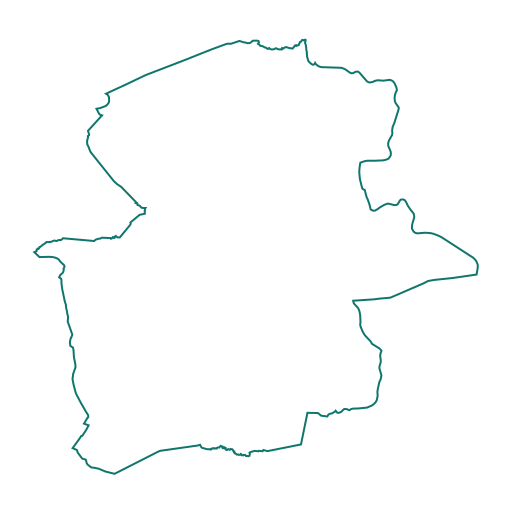 outline of Tangamandapio, Michoacán, Mexico, rotated 179°
{"feature_id": "50627088B20448170324578", "entity_name": "Tangamandapio", "entity_type": "district", "adm_level": 2, "iso_a3": "MEX", "parent_name": "Mexico", "parent_adm1": "Michoacán", "projection": "orthographic", "projection_center": [-102.457, 19.89], "detail": "fine", "context": "isolated", "style": "outline", "palette": "teal", "viewbox_px": 512, "rotation_deg": 179, "n_neighbors": 0, "source": "geoboundaries", "source_scale": "gbopen_adm2", "svg_char_len": 6021}
<svg xmlns="http://www.w3.org/2000/svg" viewBox="0 0 512 512"><g transform="rotate(179 256 256)"><path d="M401.2,40.7L357.0,62.2L355.1,62.9L317.8,67.5L315.2,68.2L314.1,65.9L313.4,65.2L308.3,63.7L307.1,63.6L306.4,63.7L304.5,63.2L304.1,63.5L304.3,63.9L303.3,64.4L301.5,64.6L301.4,64.2L299.0,64.2L299.1,64.6L297.2,65.3L296.1,65.1L295.1,66.4L294.5,66.8L293.4,65.9L293.0,66.1L292.7,66.1L292.6,65.6L292.9,64.8L292.4,64.4L291.4,64.4L291.2,65.2L290.8,65.3L289.7,64.6L289.6,63.8L289.9,63.5L289.2,62.7L288.4,62.5L287.2,63.4L286.4,63.2L285.9,62.7L285.7,62.7L285.0,63.4L284.5,63.1L284.2,63.3L283.5,63.4L282.6,62.6L282.2,61.5L281.1,61.0L281.4,60.1L280.8,59.2L280.4,59.3L278.5,57.7L277.7,57.9L277.2,57.9L276.8,57.5L275.4,57.5L274.8,57.9L274.6,58.3L274.2,58.1L274.1,57.3L273.7,57.0L272.3,56.9L272.0,57.3L270.3,57.3L269.4,56.1L268.2,56.2L267.3,55.9L266.1,56.3L265.8,57.2L265.6,59.0L265.9,59.4L265.3,59.9L260.9,61.2L257.2,60.7L256.8,61.1L256.3,61.1L252.8,60.7L252.0,61.9L248.0,60.7L214.3,66.8L207.3,98.3L196.8,97.9L193.6,95.2L187.5,94.3L186.3,96.2L185.0,96.9L182.5,97.4L179.6,99.2L179.1,99.9L177.6,98.0L176.1,97.7L173.8,98.5L170.6,101.4L169.3,101.5L168.0,101.3L165.3,100.2L163.5,101.3L161.9,101.7L156.1,101.8L147.6,102.5L142.7,104.5L140.0,106.6L138.7,108.1L137.8,109.7L136.9,113.5L136.8,115.3L137.0,116.8L136.9,118.9L136.4,121.4L134.8,128.0L133.7,130.2L133.1,132.2L132.7,134.6L134.6,141.7L134.4,143.7L133.1,147.8L133.1,150.0L133.6,153.8L133.3,156.0L132.2,159.1L134.2,161.4L141.6,166.2L142.9,168.6L148.4,174.7L149.6,176.6L150.8,178.8L152.8,184.0L153.0,186.2L152.7,187.8L152.8,192.7L152.9,195.4L153.7,199.6L154.9,202.3L158.4,206.2L159.2,207.4L159.6,209.6L138.9,210.6L133.7,211.2L123.3,211.9L121.9,212.2L88.6,225.9L84.4,228.0L77.9,229.0L59.4,230.6L35.8,233.6L34.6,239.8L34.4,242.4L34.6,243.8L35.8,247.0L37.1,248.7L38.9,250.5L64.0,267.4L70.6,271.8L73.6,273.3L78.2,275.1L80.9,275.8L84.8,276.2L87.1,276.3L94.3,275.8L96.4,276.4L98.0,277.7L99.5,280.4L99.6,282.6L99.4,284.2L98.9,286.2L97.2,291.6L97.1,292.5L97.4,294.9L97.9,296.0L100.6,299.5L103.3,303.6L105.1,307.6L106.3,309.2L107.3,309.8L108.7,310.0L110.3,309.8L111.1,309.0L113.1,305.8L113.6,305.2L115.0,304.5L116.6,304.4L122.1,305.9L123.8,306.0L127.0,304.8L131.5,302.3L133.3,300.9L136.3,299.3L137.8,299.2L139.8,300.0L140.6,300.8L141.7,305.7L143.3,310.6L144.3,312.7L146.2,320.2L148.0,321.0L148.7,322.1L150.8,331.2L151.3,337.8L151.0,342.0L150.4,345.8L150.0,347.5L145.7,348.9L143.3,349.3L134.8,349.2L127.3,349.4L124.7,349.9L121.8,351.0L120.3,353.0L119.6,354.2L119.4,355.3L119.4,357.5L120.6,360.8L121.8,363.5L121.9,366.7L120.9,369.4L117.9,374.5L117.5,376.3L117.7,379.1L117.1,382.8L115.5,386.2L111.6,397.9L110.8,400.4L110.7,402.0L113.8,406.6L114.4,408.4L114.7,411.5L114.3,414.3L113.2,417.7L112.3,419.0L112.3,420.1L112.6,421.8L114.3,426.0L115.3,427.5L116.4,428.6L117.9,429.4L119.4,429.8L125.7,429.1L131.3,429.6L134.3,429.0L136.1,428.0L139.1,427.5L140.7,427.9L142.0,428.7L149.2,437.3L150.5,438.4L151.6,438.6L152.5,438.6L153.3,438.4L155.6,437.2L156.9,437.0L157.7,437.2L158.6,437.5L163.7,441.2L166.5,442.4L167.7,442.7L187.4,443.7L189.4,444.3L191.5,445.6L192.9,447.0L193.5,448.0L193.8,447.3L194.7,446.5L195.6,446.2L196.3,446.4L198.3,447.9L200.2,449.9L201.5,454.7L201.5,456.6L201.8,457.8L201.5,458.6L202.2,461.7L202.1,463.2L202.4,464.7L202.4,465.7L203.2,468.0L203.2,468.8L202.6,470.2L202.9,470.7L202.8,471.3L204.0,471.3L204.5,470.8L206.1,471.2L207.2,469.6L208.3,469.2L209.0,467.5L209.4,467.1L209.4,466.4L210.6,465.7L212.1,466.1L212.3,465.4L213.6,465.6L214.3,464.5L215.8,462.8L217.0,462.9L217.7,463.2L218.8,463.2L222.2,464.4L224.8,463.5L224.9,463.0L225.4,462.9L226.2,463.3L226.3,462.5L226.5,462.1L227.3,462.0L228.1,462.3L229.0,462.1L230.6,462.5L232.5,463.4L234.3,462.5L236.1,462.2L237.0,462.3L237.9,462.6L239.3,463.7L240.1,462.9L240.8,462.9L241.4,463.2L242.0,463.9L243.8,464.5L245.8,465.7L247.1,466.0L248.0,466.0L249.0,467.3L250.3,468.1L249.3,469.6L249.7,470.9L250.8,471.3L255.5,471.3L257.4,469.6L258.4,469.1L260.9,468.9L261.8,469.2L262.5,469.6L264.1,469.7L268.8,471.3L277.5,468.6L280.3,468.8L282.0,468.5L297.0,463.3L326.4,452.2L363.2,438.8L381.6,430.4L403.1,420.9L401.5,419.8L400.3,417.7L400.1,414.5L400.4,412.2L401.7,410.3L403.6,408.6L409.3,406.6L412.9,406.0L410.5,401.1L409.5,400.0L407.5,399.3L421.8,384.1L420.7,380.4L420.9,379.6L422.0,378.9L422.1,378.6L421.8,377.9L421.8,377.3L422.3,376.2L422.9,373.9L422.8,370.7L421.7,368.4L419.7,363.0L396.8,333.3L393.8,330.4L389.5,327.4L375.0,311.9L375.4,311.7L375.5,311.0L373.7,310.7L373.6,309.1L372.0,308.6L371.3,308.2L370.0,306.6L369.6,306.3L367.2,305.9L365.7,305.9L366.0,305.4L366.2,303.9L366.5,303.3L366.4,300.2L371.6,299.2L380.5,292.1L381.0,291.5L380.7,290.8L381.1,289.5L391.9,276.9L394.5,277.1L395.8,278.5L396.8,277.9L397.1,276.6L397.5,276.6L397.5,277.1L397.7,277.3L398.8,277.4L399.5,276.3L400.4,275.9L400.4,276.4L409.8,277.0L411.5,276.1L413.3,276.0L416.3,275.0L417.4,273.8L448.6,277.1L450.3,275.6L451.6,275.2L452.1,275.5L453.6,275.2L455.2,274.4L457.4,275.0L461.4,273.5L462.3,273.7L462.7,273.5L465.3,273.6L465.8,272.9L468.7,271.1L471.8,268.7L472.3,268.7L472.5,267.9L473.0,267.4L473.9,267.2L473.7,266.8L475.2,266.2L475.4,264.6L477.6,263.7L472.5,258.7L463.7,258.8L461.1,258.7L458.4,258.3L456.6,257.8L454.2,256.7L453.2,255.8L451.4,253.4L449.7,251.7L448.7,250.9L447.7,249.5L447.8,248.1L448.7,246.5L448.5,246.0L448.6,244.8L448.9,243.7L449.6,242.5L452.1,240.3L453.2,238.2L451.2,236.6L450.9,235.3L451.0,232.1L450.3,226.1L447.9,213.6L446.9,210.4L446.8,207.6L445.9,203.8L445.7,201.4L444.9,198.6L445.4,193.7L441.0,180.5L442.2,177.6L442.5,177.4L443.1,175.5L443.6,172.8L443.2,169.4L440.6,167.6L440.1,165.0L439.8,157.9L438.6,151.3L438.4,147.9L440.9,141.2L441.6,136.0L440.5,129.9L438.6,122.3L437.7,120.2L433.5,111.9L428.5,102.9L426.7,100.0L426.5,98.6L426.7,97.5L427.3,97.2L430.9,91.4L426.3,89.6L428.9,84.9L432.9,79.2L434.1,78.9L434.5,78.1L436.8,74.9L442.7,67.1L438.4,65.1L437.7,62.6L433.5,56.7L432.6,56.2L429.8,55.4L429.4,54.7L429.2,52.9L428.8,51.6L427.8,50.2L424.4,47.5L421.0,47.0L417.1,46.1L410.2,43.1L401.2,40.7Z" fill="none" stroke="#0f766e" stroke-width="2"/></g></svg>